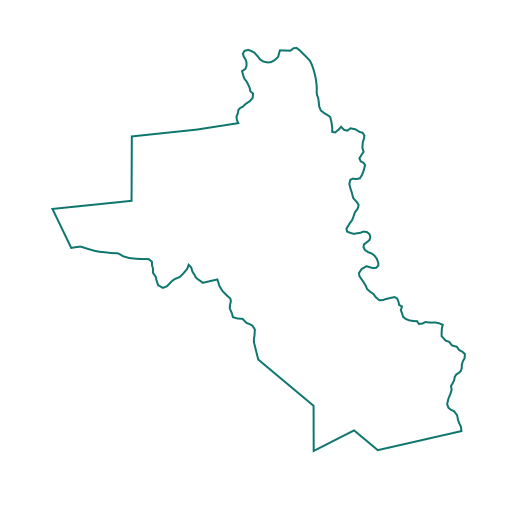 Esperantina, Piauí, Brazil, rotated 264°
{"feature_id": "56859067B45673851055188", "entity_name": "Esperantina", "entity_type": "district", "adm_level": 2, "iso_a3": "BRA", "parent_name": "Brazil", "parent_adm1": "Piauí", "projection": "orthographic", "projection_center": [-42.165, -3.795], "detail": "fine", "context": "isolated", "style": "outline", "palette": "teal", "viewbox_px": 512, "rotation_deg": 264, "n_neighbors": 0, "source": "geoboundaries", "source_scale": "gbopen_adm2", "svg_char_len": 3337}
<svg xmlns="http://www.w3.org/2000/svg" viewBox="0 0 512 512"><g transform="rotate(264 256 256)"><path d="M200.7,389.5L200.2,385.4L199.6,380.4L198.9,377.7L199.1,374.1L202.5,370.8L206.0,368.8L208.5,365.8L211.5,363.1L215.0,362.0L219.2,360.0L222.8,358.0L225.4,356.7L228.4,356.7L232.0,359.7L234.3,364.9L232.8,368.3L231.7,371.1L231.7,374.3L233.6,376.6L236.4,376.9L240.5,375.9L244.3,373.7L246.4,371.3L248.1,367.9L250.6,365.0L253.4,363.8L256.3,364.6L258.3,367.9L259.8,370.3L262.7,371.7L266.0,371.1L268.3,368.7L269.0,365.3L268.2,362.4L268.0,358.8L267.8,355.7L268.9,352.7L270.7,349.2L273.7,348.8L276.2,350.7L279.0,352.9L281.3,355.1L284.2,356.7L288.8,358.8L292.4,362.0L296.0,363.4L299.0,362.0L303.3,358.8L309.0,357.9L313.4,357.0L317.9,356.3L322.0,357.9L322.8,360.5L322.1,363.5L322.3,367.3L325.4,369.8L329.3,371.8L331.9,372.8L335.0,374.0L337.4,372.7L339.1,370.1L342.3,369.0L345.9,371.8L348.3,373.9L352.4,373.1L357.5,374.0L361.4,375.6L364.4,376.4L367.4,374.9L368.5,372.1L371.6,368.1L373.1,363.4L371.1,359.9L372.2,356.8L375.6,354.1L373.2,351.6L370.6,347.6L371.4,344.8L375.2,345.2L380.2,345.1L383.2,344.8L386.4,344.4L388.5,342.1L390.6,339.2L393.9,335.7L397.9,334.5L402.6,334.5L406.4,334.4L409.4,333.6L412.7,333.4L415.5,333.9L418.7,334.1L422.3,334.1L427.0,333.9L432.5,333.2L436.3,332.5L440.5,331.5L444.6,330.0L448.6,327.0L452.1,324.1L455.7,321.2L458.7,318.1L458.7,315.1L456.6,311.7L457.2,307.3L458.0,301.3L454.6,299.9L451.8,298.9L449.0,295.3L447.2,291.2L447.3,287.7L448.6,283.7L450.9,280.7L454.5,278.5L458.3,275.7L460.1,273.2L461.8,269.8L461.2,266.0L458.6,264.1L455.4,264.7L452.8,266.1L449.4,266.8L445.9,266.4L443.1,264.9L441.3,261.4L437.8,262.0L434.0,262.8L430.8,264.7L427.8,266.0L424.3,267.2L420.5,267.6L417.8,270.0L413.7,269.3L410.7,266.1L408.2,261.4L405.8,258.4L404.9,255.8L403.0,253.7L399.8,252.9L396.8,251.2L393.4,251.2L390.0,252.3L387.9,210.3L387.9,164.7L387.9,145.0L323.9,138.0L323.9,130.6L324.1,58.5L283.3,73.1L283.6,76.7L283.7,82.5L280.4,90.1L277.9,96.3L276.3,101.8L275.7,105.3L274.0,112.7L273.2,118.7L271.4,121.6L269.7,123.7L267.2,129.7L265.6,137.5L264.8,143.1L264.2,148.8L261.2,151.9L257.6,151.6L254.1,152.3L250.1,151.8L245.7,154.1L242.7,154.4L237.2,155.6L234.0,160.1L235.2,164.3L240.1,170.1L241.7,173.2L243.1,177.9L245.5,181.1L250.3,186.2L254.3,188.1L251.5,190.3L246.9,191.2L244.0,192.7L241.0,193.9L238.7,196.0L237.0,198.1L234.9,200.2L236.7,215.1L234.0,215.7L230.2,216.4L224.8,218.9L219.6,223.0L216.4,226.0L213.6,226.3L210.3,225.1L206.7,224.4L200.9,226.2L197.6,226.6L195.8,231.0L194.9,236.0L190.5,239.5L189.2,242.1L187.1,245.2L182.9,247.2L176.7,246.1L173.9,245.3L170.6,244.9L152.8,247.4L114.2,284.8L101.0,297.6L56.1,293.0L66.8,320.8L72.3,335.3L50.2,356.8L60.4,442.0L64.6,442.0L68.6,440.6L71.6,439.8L76.5,439.4L80.9,436.8L82.9,433.5L85.0,431.5L88.7,430.6L93.9,432.4L98.5,434.9L102.5,436.6L106.2,436.3L108.8,438.2L111.8,440.1L114.7,440.9L117.3,442.8L118.5,445.5L120.3,447.7L123.0,448.9L125.9,449.2L129.7,450.7L132.4,452.7L136.6,453.5L139.4,451.1L141.2,448.2L144.7,446.3L146.6,441.5L150.3,439.3L152.2,435.6L157.0,432.2L161.1,432.7L164.5,433.3L168.1,434.5L170.0,430.9L171.2,427.1L171.4,423.5L172.0,420.2L172.6,417.4L171.4,414.4L171.4,410.9L174.4,409.3L174.8,405.9L176.0,401.6L177.9,398.1L180.2,395.9L183.5,395.3L187.0,394.4L190.5,395.9L192.3,393.3L195.5,392.9L198.9,392.0L200.7,389.5Z" fill="none" stroke="#0f766e" stroke-width="2"/></g></svg>